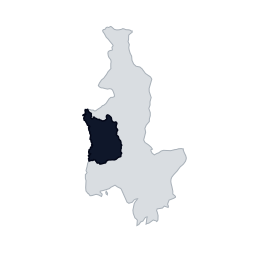 North Korea, with Chagang-do highlighted, rotated 311°
{"feature_id": "PRK-3310", "entity_name": "Chagang-do", "entity_type": "Province", "adm_level": 1, "iso_a3": "PRK", "parent_name": "North Korea", "parent_adm1": "", "projection": "mercator", "projection_center": [126.424, 40.896], "detail": "fine", "context": "in_parent", "style": "filled", "palette": "ink", "viewbox_px": 256, "rotation_deg": 311, "n_neighbors": 0, "source": "natural_earth", "source_scale": "10m", "svg_char_len": 6799}
<svg xmlns="http://www.w3.org/2000/svg" viewBox="0 0 256 256"><g transform="rotate(311 128 128)"><path d="M148.5,183.6L147.7,184.0L146.3,186.6L144.9,189.9L143.6,191.7L142.1,192.6L140.5,193.2L137.3,193.5L134.4,193.2L133.5,192.9L129.5,193.1L128.4,193.3L122.6,193.1L119.6,193.3L117.7,194.0L115.8,195.3L114.1,197.3L112.7,199.4L109.7,203.3L107.6,205.1L107.6,207.9L107.5,208.7L106.8,209.3L106.5,209.0L105.3,208.8L100.5,206.3L96.5,207.8L95.5,209.8L94.4,210.4L92.8,206.6L90.2,206.5L86.1,203.1L84.3,203.8L83.8,205.1L81.6,208.2L78.4,210.8L77.4,211.2L76.2,211.0L76.4,210.3L75.1,207.4L70.0,206.2L68.2,205.0L67.3,204.7L72.2,201.5L73.5,200.9L72.6,200.1L71.5,199.8L67.5,200.3L65.4,199.2L62.3,199.5L60.2,198.7L64.6,195.5L64.8,193.6L64.7,192.2L67.0,188.0L69.2,185.6L75.0,182.3L77.6,181.8L79.4,181.9L80.9,181.6L79.3,180.4L77.8,179.8L74.8,179.9L71.7,178.0L71.4,175.9L77.4,163.1L77.5,161.9L76.6,158.7L76.3,155.7L71.9,153.9L70.0,153.7L64.4,150.2L62.2,148.5L61.3,149.0L61.2,151.8L60.4,152.4L58.9,152.9L58.2,149.7L57.0,147.4L53.3,145.1L52.0,143.8L52.6,141.0L52.3,140.8L52.9,137.6L55.2,135.2L60.7,130.9L62.1,128.8L64.9,126.4L66.2,126.5L67.5,126.3L67.9,125.2L68.2,124.4L69.4,123.7L72.1,122.4L75.1,120.6L77.6,120.1L80.6,117.5L81.8,116.4L83.1,116.4L83.4,115.8L84.1,114.5L85.1,113.6L86.4,113.4L88.6,112.8L91.3,112.4L93.2,110.2L93.8,108.6L95.1,106.9L97.7,105.0L99.5,102.2L101.5,99.1L102.4,98.1L103.4,97.9L103.9,96.8L104.5,93.5L105.5,90.4L106.0,88.9L108.3,87.2L108.9,86.4L109.4,86.2L110.5,86.4L111.9,85.4L113.3,84.4L114.5,84.7L115.7,85.6L117.0,87.4L117.6,88.8L118.7,89.9L118.9,91.6L119.9,92.4L122.1,92.8L125.7,93.9L128.0,94.0L129.3,94.8L132.1,95.3L137.6,94.6L139.9,95.0L140.8,96.1L142.2,96.9L143.1,97.0L144.4,95.5L145.7,93.2L146.5,91.4L146.5,89.9L145.7,88.4L143.9,87.0L142.7,84.8L141.6,82.5L140.9,81.7L140.4,80.6L140.3,78.9L140.6,77.7L143.4,76.9L146.9,76.5L149.8,77.0L154.6,76.6L157.5,76.0L159.7,76.1L161.7,76.1L162.6,75.1L165.4,72.7L166.8,71.9L168.2,70.2L168.5,68.6L168.8,67.2L169.6,65.7L171.1,63.9L172.3,63.1L173.7,63.2L175.2,64.0L176.1,64.9L177.2,64.6L178.0,63.2L178.6,62.9L180.3,62.8L180.8,61.9L181.5,57.7L182.1,54.4L182.2,52.1L183.7,48.2L184.2,45.9L185.1,44.8L186.1,44.9L187.0,45.6L188.1,46.0L189.5,45.6L190.5,46.2L191.2,47.5L193.3,48.3L193.5,49.0L193.5,53.1L194.6,55.1L196.2,56.8L198.3,58.4L199.5,58.8L200.2,60.0L200.8,61.9L202.4,63.9L203.2,65.3L203.3,66.7L204.0,67.5L202.8,68.4L201.2,67.9L198.5,67.6L195.1,70.4L193.2,71.4L191.9,74.2L189.2,75.8L187.7,77.6L185.8,80.6L184.6,83.6L181.7,86.6L180.0,90.3L179.9,93.6L181.8,96.9L181.9,99.7L180.6,105.4L181.3,111.5L180.5,113.9L171.7,118.0L169.4,120.1L166.2,125.5L162.2,127.4L159.8,129.6L156.4,130.9L154.2,134.7L151.8,136.8L149.0,138.1L146.9,139.8L142.1,139.9L138.8,141.0L136.4,144.1L129.2,147.7L128.2,150.4L128.7,154.5L128.7,157.7L128.1,160.3L126.5,159.6L125.7,160.4L124.8,162.8L125.0,165.5L127.5,166.4L129.5,167.5L132.3,168.1L134.4,169.4L138.9,175.1L142.5,177.6L143.5,178.6L145.5,179.8L147.5,181.8L148.5,183.6ZM65.3,155.4L64.0,156.3L63.9,154.7L65.0,153.3L66.0,153.1L65.3,155.4Z" fill="#d9dde1" stroke="#a8b0b8" stroke-width="1"/><path d="M113.9,83.7L114.1,84.0L114.2,84.7L114.3,84.8L114.6,84.8L115.1,84.9L115.6,85.3L115.5,85.5L115.1,86.3L114.7,87.2L114.5,88.1L114.5,88.9L114.6,89.6L114.8,90.1L114.8,90.3L114.8,90.6L114.6,91.1L114.2,91.3L113.8,91.5L113.5,91.8L113.2,92.3L113.0,92.6L112.8,92.9L112.4,93.0L111.7,92.9L111.4,93.0L111.1,93.3L111.1,93.7L111.1,94.2L111.3,94.7L111.4,95.1L111.9,95.4L112.3,95.4L113.2,95.0L113.4,95.0L113.6,95.0L113.9,95.1L114.0,95.3L114.0,95.6L113.6,95.9L113.6,96.1L113.6,96.3L114.1,97.1L114.2,97.6L114.4,98.1L114.5,99.2L114.8,99.9L115.6,100.5L115.7,101.0L115.7,101.3L115.6,101.5L115.9,102.1L116.1,102.4L116.2,102.8L116.4,103.7L116.7,104.3L117.1,104.7L118.5,105.6L118.8,105.8L119.6,105.8L120.5,106.1L120.8,106.1L121.3,105.8L121.6,105.3L121.8,104.9L122.2,104.4L122.7,104.0L123.4,103.7L124.1,103.8L124.6,104.1L124.8,104.7L125.0,105.5L125.0,106.4L125.0,107.1L124.9,108.3L124.5,109.0L123.3,110.4L122.9,111.2L122.7,112.3L122.9,113.4L123.4,114.1L124.3,114.6L124.6,115.0L124.6,115.6L124.5,116.0L124.3,116.4L124.1,116.6L123.8,116.8L122.7,117.2L120.9,118.3L120.4,119.0L120.0,120.9L119.6,121.6L119.3,121.7L118.2,121.9L117.7,122.0L117.4,122.2L117.1,122.5L116.7,122.8L116.0,123.3L115.4,123.7L115.1,124.2L115.2,125.4L115.2,126.2L114.8,126.9L114.2,127.5L113.8,128.3L113.6,128.8L113.5,129.4L113.5,129.9L113.5,130.4L113.4,130.4L112.9,131.6L112.5,132.1L111.6,132.9L111.4,133.1L111.3,133.3L111.1,134.0L111.0,134.4L110.8,134.6L110.6,134.7L110.2,134.7L109.9,134.8L109.7,134.9L109.5,135.0L109.1,135.2L108.9,135.5L108.6,135.9L108.4,136.1L108.2,136.2L107.7,136.3L107.3,136.5L105.7,137.6L105.5,137.9L105.3,138.1L105.2,138.3L105.1,139.0L105.0,139.3L104.9,139.6L104.7,139.8L103.8,139.9L103.5,140.0L102.1,141.0L101.8,141.2L101.6,141.2L101.4,141.1L100.2,140.3L99.3,139.9L98.8,139.8L96.6,139.5L96.1,139.3L95.0,138.6L94.7,138.2L93.7,136.9L92.1,135.4L91.5,134.6L91.0,134.1L90.8,134.0L90.7,134.0L90.4,134.0L90.0,133.9L89.8,133.8L89.5,133.5L89.3,133.4L89.1,133.4L88.8,133.4L88.4,133.5L88.1,133.6L87.7,133.8L87.3,133.9L87.0,133.9L86.7,133.8L86.5,133.6L86.2,133.3L83.4,131.4L82.6,130.7L82.4,130.5L82.3,130.3L82.4,130.1L82.5,129.9L82.7,129.6L82.7,129.4L82.6,129.1L81.6,128.1L81.5,127.9L81.4,127.7L81.4,127.4L81.5,127.2L81.6,126.9L81.7,126.7L81.8,125.8L81.8,125.7L82.1,125.2L82.2,124.9L82.3,124.7L82.2,124.4L82.1,124.0L82.0,123.9L81.9,123.2L81.8,122.9L81.6,122.8L81.4,122.8L81.1,122.9L80.8,122.9L80.6,122.8L80.4,122.7L79.7,121.7L79.4,121.5L79.2,121.3L77.6,120.4L77.6,119.9L77.8,119.8L78.2,119.8L78.5,119.7L78.6,119.1L78.6,118.8L78.9,118.4L79.1,118.3L79.4,118.2L80.4,118.2L80.7,118.0L80.9,117.7L80.9,117.0L81.0,116.4L81.3,116.2L81.7,116.3L82.0,116.6L82.2,116.8L83.6,116.9L84.0,116.7L83.8,116.2L83.1,115.4L84.0,114.2L84.5,113.8L85.3,113.6L85.5,113.5L85.6,113.3L85.7,113.1L85.9,113.0L86.1,113.0L86.3,113.0L87.3,113.5L87.6,113.4L88.5,112.7L88.8,112.6L89.2,112.5L89.5,112.7L89.8,113.0L90.1,113.2L90.4,113.1L90.7,112.8L91.5,112.7L91.8,112.5L92.0,112.2L91.8,112.1L91.5,112.0L91.1,112.1L91.4,111.6L91.8,111.5L92.3,111.4L92.7,111.1L93.2,110.3L93.3,110.0L93.2,109.7L93.4,109.4L93.6,109.3L93.8,109.1L94.1,109.0L94.0,108.6L94.3,108.3L94.6,108.0L94.9,107.5L94.6,106.9L95.1,106.4L97.8,104.8L98.2,104.5L98.4,104.1L99.0,102.7L99.3,102.4L99.9,101.8L100.2,101.4L100.7,100.1L101.0,99.7L102.2,98.2L102.9,97.7L103.6,97.7L103.5,97.8L103.4,98.0L103.3,98.4L104.1,98.1L104.1,97.3L103.8,96.3L103.6,95.5L103.8,95.1L104.6,93.7L105.0,92.3L105.4,91.4L105.5,91.0L105.4,90.6L105.2,90.1L105.2,89.7L106.0,88.8L106.4,88.1L106.8,88.0L107.6,88.0L107.9,87.9L108.7,87.2L109.0,86.9L108.7,86.7L108.4,86.4L108.1,86.2L107.9,85.8L108.3,85.6L108.7,85.6L109.0,85.8L109.4,86.0L110.1,86.8L110.5,87.1L110.7,86.8L111.0,86.0L112.3,85.5L112.6,84.6L112.9,84.2L113.4,83.9L113.9,83.7Z" fill="#0f172a" stroke="#020617" stroke-width="1.5"/></g></svg>